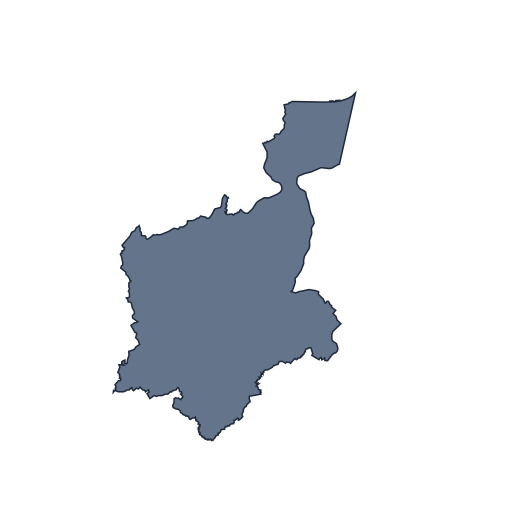 the district of Arboletes, Antioquia, Colombia, rotated 32°
{"feature_id": "7082276B51622711378413", "entity_name": "Arboletes", "entity_type": "district", "adm_level": 2, "iso_a3": "COL", "parent_name": "Colombia", "parent_adm1": "Antioquia", "projection": "natural_earth1", "projection_center": [-76.373, 8.653], "detail": "fine", "context": "isolated", "style": "filled", "palette": "slate", "viewbox_px": 512, "rotation_deg": 32, "n_neighbors": 0, "source": "geoboundaries", "source_scale": "gbopen_adm2", "svg_char_len": 6122}
<svg xmlns="http://www.w3.org/2000/svg" viewBox="0 0 512 512"><g transform="rotate(32 256 256)"><path d="M140.8,292.2L140.7,293.6L139.5,295.0L139.8,298.9L138.0,301.9L138.6,305.6L136.7,317.9L138.5,318.9L140.2,318.7L140.1,319.6L140.9,320.4L140.8,321.5L139.6,322.8L140.8,324.5L140.1,325.0L140.1,326.5L141.8,327.4L146.7,332.4L147.7,334.3L147.2,335.9L147.7,337.9L154.1,338.7L155.8,340.7L157.4,340.7L160.7,342.2L161.7,343.3L163.1,343.3L163.3,344.3L162.6,345.1L162.5,346.4L164.8,349.9L166.0,350.5L166.6,353.7L167.6,353.8L170.1,357.1L170.2,358.6L168.3,360.2L170.3,361.0L172.1,362.7L172.8,361.8L175.1,361.9L178.7,365.6L181.7,367.1L183.4,369.1L182.8,372.2L184.3,374.0L190.7,374.4L189.5,376.3L188.5,376.7L186.7,381.1L193.6,384.9L195.9,384.7L197.3,389.1L200.3,389.7L204.2,392.7L202.4,396.6L202.1,400.1L198.6,404.3L201.0,407.6L201.6,410.7L203.5,415.7L201.9,416.7L200.0,413.7L198.2,416.5L199.1,418.3L201.5,418.6L197.4,420.8L199.4,422.5L200.6,428.0L203.4,428.8L203.6,430.0L204.6,430.4L204.9,432.0L206.2,431.6L207.0,433.5L205.5,434.6L204.6,439.8L206.8,441.3L206.7,442.9L207.9,443.5L207.3,445.1L206.4,445.4L207.2,447.1L207.5,444.8L211.0,444.2L215.5,441.4L216.8,439.9L217.5,438.0L219.4,436.9L220.0,434.0L220.6,433.4L221.7,434.7L223.6,435.1L224.6,431.5L226.9,431.0L227.0,428.7L231.0,429.6L232.7,428.8L234.3,429.8L235.8,426.5L237.5,428.0L236.5,430.5L241.6,433.1L243.6,428.3L246.2,427.7L247.2,426.1L250.6,423.9L252.1,421.4L254.6,419.7L255.2,416.5L256.2,416.4L257.0,414.2L259.4,411.5L259.1,410.0L259.5,408.9L260.6,409.0L263.1,411.5L265.0,410.8L265.8,411.7L265.2,413.0L268.4,413.9L268.8,415.5L268.3,416.0L268.4,417.7L265.4,417.5L263.9,418.9L263.0,418.8L262.1,420.3L264.3,424.2L264.6,427.0L266.0,428.4L269.5,428.1L271.4,427.1L273.8,427.5L275.0,428.8L276.5,428.6L278.1,429.2L280.5,428.6L281.1,429.1L281.7,428.3L282.9,428.4L283.6,427.7L286.2,429.6L287.1,429.2L288.0,426.9L289.4,426.2L290.0,424.8L292.1,427.2L292.4,426.8L292.8,427.3L295.3,427.4L295.9,427.8L295.9,429.2L297.8,429.1L298.0,430.1L298.3,429.4L298.8,430.6L298.1,431.0L298.8,432.2L298.2,432.7L298.9,432.9L299.1,434.0L299.8,433.9L300.3,435.1L301.5,435.3L301.4,435.9L302.4,435.7L302.7,437.3L305.1,437.1L305.7,437.8L306.1,437.4L307.3,438.0L308.4,437.2L308.7,438.0L310.2,438.2L312.0,437.0L312.3,437.5L312.8,436.5L313.2,437.0L314.5,436.3L314.7,435.3L316.3,436.0L317.3,434.6L316.9,434.0L317.4,432.9L317.5,430.5L317.0,430.1L318.8,427.8L317.8,426.3L318.6,425.9L319.0,424.6L318.6,421.5L321.2,419.6L320.4,417.8L320.7,416.5L321.7,416.3L322.1,414.8L323.2,414.6L323.6,411.9L325.8,410.1L325.6,408.6L324.5,407.0L325.4,406.2L326.1,403.4L327.3,403.4L327.8,404.5L328.4,404.5L329.6,401.3L329.8,399.2L328.0,397.8L327.6,394.5L326.4,392.1L326.6,390.3L327.4,388.7L327.0,386.6L328.2,382.6L325.9,380.6L324.7,378.5L333.3,370.6L332.1,369.9L332.5,368.7L331.1,368.5L331.2,367.2L328.7,367.9L327.1,366.1L325.1,366.2L325.9,363.4L324.8,364.5L324.8,362.8L323.8,363.8L322.4,363.8L323.1,361.9L322.6,361.5L323.3,360.6L322.8,360.1L324.1,358.5L324.2,357.5L323.0,357.2L324.0,356.7L323.6,355.8L324.5,355.2L323.3,354.5L323.5,353.4L322.7,352.7L324.7,352.8L323.4,350.7L324.1,350.4L323.7,349.8L323.9,348.5L324.7,347.2L326.2,346.5L328.8,341.7L328.8,340.4L330.7,337.5L332.1,336.4L331.6,333.2L334.3,331.3L337.8,331.3L338.0,329.9L341.0,328.4L342.1,328.8L343.2,322.3L345.1,322.6L345.8,321.3L345.8,320.3L347.5,318.9L347.4,317.7L347.8,317.5L347.5,317.1L348.2,316.1L347.8,315.6L348.6,314.4L348.2,311.5L348.6,311.0L348.0,310.4L347.7,308.6L349.2,306.9L349.0,306.3L351.3,304.8L355.9,308.8L356.0,310.7L364.4,310.5L364.2,309.2L364.9,307.5L366.8,309.2L368.4,306.2L369.7,308.1L372.2,306.9L372.8,299.7L373.7,297.1L374.9,296.0L375.3,293.2L374.2,290.7L370.7,287.7L366.6,287.5L364.8,286.8L362.0,282.7L361.1,279.3L363.9,268.5L358.6,267.3L356.1,265.0L351.8,263.9L352.4,259.8L347.0,259.3L346.5,258.1L344.6,258.0L341.6,256.1L340.1,256.8L340.0,259.1L339.4,259.3L335.7,256.8L329.2,255.4L328.1,253.2L324.9,253.8L318.7,256.4L311.0,263.8L309.3,266.2L304.6,267.6L305.1,265.1L303.7,259.1L302.9,256.8L300.8,254.0L301.6,252.3L301.9,244.7L300.5,237.2L298.8,234.7L297.2,230.6L297.1,221.6L296.1,218.9L293.0,214.2L291.5,207.6L288.2,203.0L288.0,197.6L284.6,193.6L280.5,191.2L276.9,187.9L271.6,182.2L267.7,179.3L264.3,175.6L262.8,175.2L257.3,175.6L252.1,173.0L249.5,167.9L249.8,165.4L253.7,160.1L258.2,155.5L264.3,146.6L271.9,143.0L274.0,140.9L276.8,135.5L278.1,134.0L253.9,64.9L252.8,69.4L250.4,73.9L245.3,80.0L244.4,80.2L244.3,79.7L243.7,80.2L244.1,80.4L243.8,81.1L243.1,81.1L243.2,80.6L242.6,81.0L243.1,81.3L242.8,82.2L241.9,82.2L241.9,81.6L241.4,82.1L241.8,82.8L241.5,83.2L241.2,82.8L241.1,83.6L240.3,83.6L240.4,83.9L239.0,84.9L238.9,84.0L238.2,84.4L238.6,85.1L237.8,85.7L237.6,84.7L236.9,85.2L237.4,85.4L237.3,86.1L236.8,86.3L236.5,85.5L236.6,86.5L233.2,88.8L204.8,105.8L204.0,107.6L202.9,108.2L202.7,110.1L199.7,112.8L202.3,115.7L203.5,116.2L204.3,118.8L206.0,120.0L205.9,125.1L207.4,126.5L210.2,127.5L210.4,129.5L212.3,133.0L211.2,136.6L211.4,139.3L210.8,140.8L208.9,141.5L207.8,142.7L207.8,144.7L209.1,145.4L209.2,146.5L206.0,152.7L204.7,152.7L204.5,154.6L203.3,155.0L203.4,155.5L202.0,156.9L210.3,161.9L213.4,167.0L214.5,173.4L215.8,177.1L220.4,179.9L226.9,181.1L229.3,182.6L232.9,182.7L237.2,181.5L240.5,183.0L242.8,186.0L242.7,189.1L241.4,192.1L236.2,199.8L232.0,202.4L228.8,208.3L228.1,210.7L228.1,217.5L226.5,224.0L224.1,225.4L221.2,225.5L218.5,224.6L218.1,225.4L218.5,227.6L217.2,228.7L217.1,230.0L215.7,231.2L215.0,233.3L213.8,233.0L211.7,234.2L210.2,235.9L208.0,236.2L206.3,235.1L206.6,234.5L207.9,235.0L207.0,232.2L204.8,231.9L205.0,229.8L204.4,229.3L204.4,228.3L202.9,228.1L202.8,225.2L201.4,222.7L201.9,221.4L201.3,221.0L199.6,221.7L198.6,220.7L196.9,220.8L197.1,225.2L199.8,231.1L200.3,233.5L196.1,238.0L196.6,244.1L196.3,248.5L194.2,250.2L192.8,249.7L187.8,251.5L187.5,253.8L185.8,255.5L185.5,256.8L183.9,259.3L179.3,262.5L180.5,265.1L180.2,267.1L178.8,269.9L176.2,271.8L175.9,274.4L171.6,276.0L169.0,281.3L164.1,288.1L162.5,289.6L161.1,289.9L159.1,292.0L157.7,292.4L156.4,296.8L154.9,299.5L153.5,299.4L151.9,297.7L151.3,297.7L148.2,299.4L146.5,297.0L144.2,295.9L143.2,294.2L140.8,292.2Z" fill="#64748b" stroke="#1e293b" stroke-width="1.5"/></g></svg>